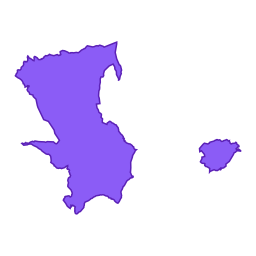 Ayahualulco, Veracruz, Mexico
{"feature_id": "50627088B50190092788877", "entity_name": "Ayahualulco", "entity_type": "district", "adm_level": 2, "iso_a3": "MEX", "parent_name": "Mexico", "parent_adm1": "Veracruz", "projection": "natural_earth1", "projection_center": [-97.172, 19.399], "detail": "fine", "context": "isolated", "style": "filled", "palette": "violet", "viewbox_px": 256, "rotation_deg": 0, "n_neighbors": 0, "source": "geoboundaries", "source_scale": "gbopen_adm2", "svg_char_len": 5700}
<svg xmlns="http://www.w3.org/2000/svg" viewBox="0 0 256 256"><path d="M117.9,203.2L119.2,201.6L120.7,198.5L121.4,197.7L121.3,196.6L121.6,195.8L120.9,192.0L121.3,190.7L122.2,189.3L123.2,186.5L123.6,186.4L124.6,185.1L126.8,181.0L128.0,180.0L129.0,179.5L130.4,178.0L131.9,177.8L133.0,177.2L133.2,176.8L132.8,176.1L132.0,176.5L130.3,172.2L130.5,172.1L130.8,167.8L130.7,162.1L132.4,157.1L132.4,156.1L132.7,155.9L132.8,155.2L134.6,152.3L135.3,150.6L136.4,149.7L134.7,149.3L134.1,148.7L133.6,146.8L133.0,146.7L132.6,146.2L132.4,145.7L131.7,145.1L130.2,144.0L128.5,143.7L126.3,142.8L125.7,142.0L124.6,141.4L124.9,140.7L124.4,140.4L124.2,140.6L123.9,139.8L123.8,139.3L124.3,138.9L124.1,138.3L123.1,138.1L123.3,137.5L123.2,136.6L121.7,134.6L120.6,133.9L120.2,133.1L118.6,131.1L118.7,130.3L118.1,127.6L116.6,125.9L116.6,125.4L116.0,124.8L115.1,124.7L113.3,123.3L111.8,122.8L111.5,122.3L110.0,121.3L109.4,121.4L108.0,122.6L107.3,122.9L106.9,124.4L102.4,122.5L102.3,120.2L102.6,119.0L102.3,118.5L101.1,117.5L101.1,117.0L101.4,115.4L101.4,114.2L100.4,113.2L99.9,113.1L98.9,112.2L98.3,110.0L97.0,107.8L96.4,104.1L99.9,103.6L99.2,98.1L98.6,96.3L98.6,95.3L98.8,91.8L99.0,90.6L99.5,89.5L99.7,87.8L99.6,85.4L100.3,82.3L100.2,78.9L100.7,78.0L100.7,77.2L101.6,76.9L102.8,77.0L103.4,76.2L103.7,75.7L103.5,73.8L104.4,70.6L109.2,65.9L113.1,64.1L114.5,66.5L114.8,67.4L114.9,69.0L115.5,70.1L116.0,70.5L116.4,71.9L116.5,74.6L118.8,79.1L118.3,80.6L119.6,79.2L120.2,76.1L121.3,73.6L121.0,72.5L121.1,71.3L121.6,70.2L120.6,66.1L119.8,65.0L119.3,64.9L116.7,58.9L115.2,52.5L116.7,43.9L116.7,42.1L104.1,47.1L103.1,46.3L99.9,45.2L99.3,45.3L98.3,46.0L97.0,45.7L95.5,46.0L94.1,46.7L92.6,46.9L87.4,45.8L86.5,46.5L85.0,48.5L84.1,48.6L83.8,49.0L81.6,50.0L78.9,52.4L78.1,52.7L76.3,52.4L73.3,52.9L72.9,52.7L70.7,52.7L70.2,53.1L68.6,52.9L67.9,52.2L64.6,50.8L62.5,50.5L60.2,51.6L60.2,52.7L60.5,53.1L60.6,54.1L60.8,54.5L60.6,54.8L60.1,54.7L59.7,55.3L58.4,55.5L57.6,54.6L56.6,54.7L54.5,55.5L53.4,55.6L50.7,54.9L49.5,54.3L49.1,54.5L48.8,55.1L46.9,55.8L45.7,55.6L44.0,56.9L43.8,57.3L43.9,57.7L43.3,58.2L43.0,58.2L41.8,59.2L41.5,58.8L40.1,59.7L38.5,59.5L37.3,57.9L35.4,56.7L34.7,56.5L34.0,57.2L34.2,58.9L34.0,60.7L32.9,60.4L32.0,59.5L31.3,59.2L30.8,58.6L29.4,58.1L28.6,57.3L28.4,56.4L27.9,56.1L27.9,56.7L27.5,56.8L27.4,57.5L27.8,58.7L27.7,59.1L27.9,60.0L27.5,60.5L27.0,61.7L25.8,61.9L25.5,61.5L24.2,61.4L23.6,62.5L23.6,64.7L23.1,65.7L21.2,67.4L21.1,68.9L20.0,70.1L18.1,69.8L17.4,70.3L17.5,71.9L17.0,73.0L16.1,74.1L16.1,74.7L15.4,75.6L15.5,76.0L18.1,77.9L19.5,78.5L21.5,80.1L22.2,81.0L23.0,82.4L23.2,83.7L24.0,84.0L24.5,84.9L24.5,85.4L25.1,86.2L25.1,87.1L26.8,86.4L27.7,85.6L29.0,85.9L29.0,86.6L27.9,87.3L27.7,87.7L27.7,88.7L27.1,89.6L27.4,90.5L27.7,90.7L28.0,91.5L29.2,92.3L29.6,94.1L33.0,95.1L33.2,96.5L36.0,99.2L37.3,105.4L37.9,107.4L43.7,119.6L48.4,121.4L54.1,130.0L54.9,133.5L59.4,140.3L57.1,143.4L56.2,143.8L54.9,143.2L53.5,141.9L47.3,141.6L45.6,142.3L44.5,141.9L38.6,141.6L34.9,141.0L34.0,141.8L32.6,141.3L30.3,142.1L28.5,143.4L28.0,143.5L27.7,143.1L26.2,143.1L25.8,142.6L25.3,143.1L23.5,143.6L22.5,143.6L22.3,143.2L21.8,143.4L23.7,145.2L27.3,144.8L28.3,144.3L29.9,144.0L31.5,144.1L33.3,145.4L37.0,147.1L38.5,148.4L40.9,149.7L42.1,151.1L46.0,153.9L47.3,154.3L48.7,154.2L50.3,155.6L50.8,157.0L51.2,160.5L51.1,161.4L50.8,162.4L53.6,164.4L54.2,165.1L54.0,165.7L55.3,166.4L56.6,167.9L58.4,168.4L59.4,168.1L60.7,168.2L61.5,168.6L64.7,167.6L66.0,166.4L67.7,165.6L67.7,166.6L67.2,166.9L67.3,168.0L67.0,168.7L67.6,169.3L68.2,169.1L69.3,169.9L69.5,170.4L68.9,171.4L69.1,172.1L69.8,173.2L69.6,173.9L70.1,174.4L70.6,175.6L69.9,177.2L69.2,177.4L68.5,178.0L68.0,179.4L67.8,180.6L68.5,182.9L68.0,184.4L67.8,186.3L68.3,187.1L71.0,189.9L72.1,192.5L72.2,193.9L71.7,194.7L71.6,195.9L70.6,196.9L70.1,196.9L69.1,195.9L67.9,195.9L66.9,196.4L66.3,196.2L65.0,196.6L65.1,197.2L64.3,198.3L63.9,199.3L63.7,199.2L63.3,200.2L65.6,203.2L67.4,206.3L69.5,208.0L70.2,208.4L70.3,207.6L70.9,206.7L71.2,206.6L71.1,206.1L71.5,206.5L72.0,205.2L72.6,205.4L72.8,205.3L73.2,205.9L73.7,205.7L75.3,207.0L74.8,208.0L74.9,209.0L74.8,210.8L75.0,210.9L74.8,211.5L75.1,212.2L75.1,212.9L75.8,213.7L76.8,213.9L77.6,213.4L78.8,212.1L80.4,211.5L83.8,207.5L83.8,206.6L84.3,205.1L84.3,203.6L85.1,202.1L88.6,200.6L90.3,199.3L91.0,198.6L92.0,198.4L93.7,197.0L94.9,196.6L96.0,195.8L99.5,195.2L100.2,194.8L101.1,195.0L103.0,194.7L104.0,195.0L105.8,195.9L107.7,196.2L108.4,196.9L108.6,197.7L110.9,198.2L111.2,198.4L111.3,199.1L112.1,198.9L112.7,199.3L113.5,199.4L114.5,200.3L114.6,200.9L116.4,202.6L117.9,203.2ZM226.0,166.1L225.9,164.1L229.3,161.4L233.3,154.7L234.2,152.7L235.5,152.2L236.7,150.8L238.3,150.9L238.8,150.7L240.2,151.2L240.6,151.1L240.6,150.6L238.5,149.0L237.4,149.8L236.9,149.8L236.1,149.0L236.1,148.6L237.2,147.9L237.8,146.9L238.7,146.9L239.0,146.4L238.7,145.4L237.4,144.6L236.8,144.0L236.6,143.0L236.1,142.5L235.8,142.3L235.0,143.2L232.4,143.4L231.2,143.9L230.7,143.7L230.1,143.1L229.9,142.1L229.2,141.2L229.3,140.7L228.5,141.0L228.0,140.7L227.6,140.1L226.6,139.6L225.3,140.2L223.5,140.7L222.8,141.3L221.4,141.4L219.8,139.8L218.3,140.2L218.0,140.1L217.7,139.7L216.3,139.7L215.8,140.3L215.1,140.3L213.9,141.1L209.9,142.2L209.4,143.2L208.9,143.2L207.9,144.0L204.4,143.2L203.1,144.3L199.5,148.5L199.8,151.7L201.5,150.8L204.4,154.4L204.7,156.5L204.0,156.6L202.4,157.2L202.1,157.0L201.9,157.3L202.0,158.2L201.8,159.0L200.4,161.8L201.5,162.9L202.4,163.3L204.7,163.5L204.9,163.7L204.7,165.4L204.9,165.7L205.2,165.6L205.8,166.5L207.0,166.7L209.7,168.4L209.6,172.0L210.1,171.4L214.1,169.7L215.7,170.5L217.6,170.5L220.2,168.5L220.2,169.7L220.6,169.8L221.0,169.4L221.2,168.1L222.9,168.1L224.0,167.7L224.5,167.0L225.2,166.8L226.0,166.1Z" fill="#8b5cf6" stroke="#5b21b6" stroke-width="1.5"/></svg>